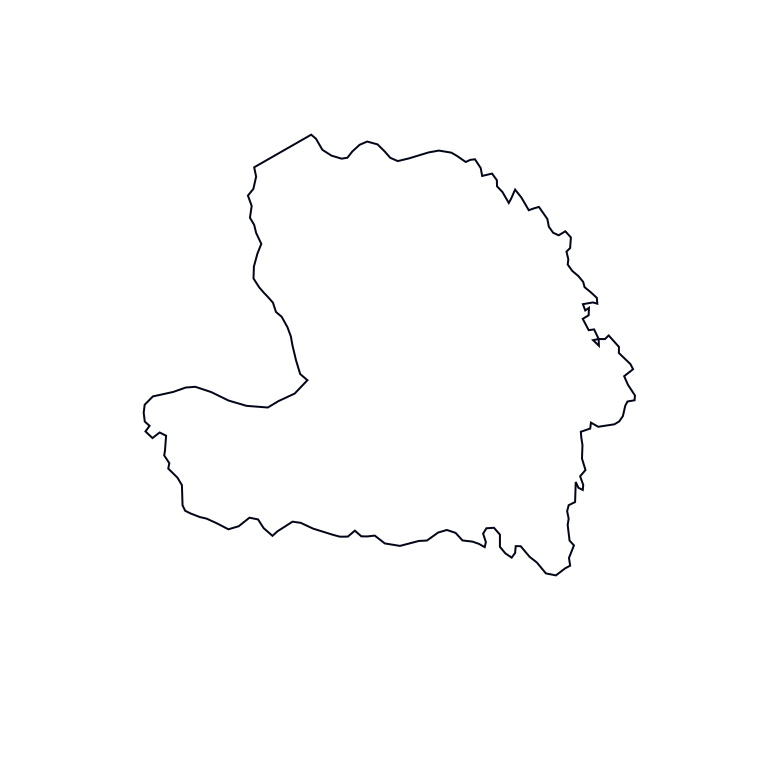 the district of Aparecida do Rio Doce, Goiás, Brazil, rotated 329°
{"feature_id": "56859067B6443042968198", "entity_name": "Aparecida do Rio Doce", "entity_type": "district", "adm_level": 2, "iso_a3": "BRA", "parent_name": "Brazil", "parent_adm1": "Goiás", "projection": "equal_earth", "projection_center": [-51.254, -18.22], "detail": "fine", "context": "isolated", "style": "outline", "palette": "ink", "viewbox_px": 768, "rotation_deg": 329, "n_neighbors": 0, "source": "geoboundaries", "source_scale": "gbopen_adm2", "svg_char_len": 2591}
<svg xmlns="http://www.w3.org/2000/svg" viewBox="0 0 768 768"><g transform="rotate(329 384 384)"><path d="M560.9,220.4L556.1,216.3L551.3,212.2L541.6,208.5L521.7,203.5L510.6,200.0L505.9,193.4L504.4,185.2L501.9,175.3L494.4,167.5L486.2,166.4L476.5,168.4L469.2,171.2L463.7,169.0L456.6,161.2L451.8,151.5L452.0,138.7L450.0,132.8L389.2,131.5L384.3,131.4L381.2,140.4L372.5,149.5L364.4,152.4L362.3,163.2L354.7,172.5L354.7,180.6L352.2,188.7L351.0,200.7L342.7,207.0L333.0,216.3L326.5,226.3L326.8,236.9L328.1,244.3L329.3,249.5L330.7,257.1L328.5,266.6L330.9,273.6L330.5,285.5L328.7,295.1L325.3,304.1L320.7,318.7L317.3,332.3L320.3,341.3L302.5,346.2L284.7,344.3L272.3,344.3L255.0,332.0L242.2,318.1L231.8,302.0L220.8,289.2L212.2,284.9L199.1,282.2L179.5,275.6L168.2,278.5L163.2,284.9L159.6,293.0L161.5,299.1L155.1,301.8L157.7,311.1L166.7,310.0L170.6,316.1L161.8,328.5L158.8,332.0L159.2,341.3L155.5,345.4L158.7,357.8L158.7,366.6L148.8,384.3L148.3,390.3L151.5,395.3L157.5,403.1L162.5,407.9L168.9,417.2L175.8,428.4L186.2,431.1L199.8,429.3L206.3,435.2L206.6,445.6L210.2,456.7L216.7,455.4L234.7,454.9L241.1,460.1L248.7,471.4L262.4,486.8L267.5,492.1L274.4,496.2L283.5,494.7L286.1,502.9L291.1,506.0L298.0,509.2L302.6,521.1L314.3,531.0L333.1,536.5L340.2,540.3L353.9,539.2L362.7,541.5L368.7,548.5L370.7,558.5L378.7,564.7L383.0,569.9L386.3,575.7L389.9,572.0L391.9,563.3L397.5,560.4L404.2,563.9L405.8,572.8L399.5,583.3L400.8,591.7L404.0,598.6L409.4,596.3L413.4,590.8L417.6,593.4L419.8,607.1L423.1,615.8L425.2,629.7L432.8,636.6L444.3,635.3L450.0,635.6L453.0,628.3L463.7,620.2L462.4,613.8L468.9,599.3L472.9,594.6L475.5,587.3L479.9,583.0L487.0,583.6L497.9,566.7L497.2,573.1L499.8,577.2L502.8,573.1L504.6,564.1L512.4,561.5L515.3,549.9L522.7,538.5L525.5,531.6L528.1,526.3L537.8,528.4L541.5,523.7L545.6,531.0L560.7,537.2L566.4,537.2L572.3,534.5L579.6,526.9L583.7,524.4L590.4,527.0L593.2,523.1L592.7,510.1L593.9,501.0L605.1,499.6L605.5,494.0L601.3,478.4L604.5,473.2L601.6,458.1L596.5,459.3L591.2,456.0L592.2,445.4L587.2,443.3L587.9,430.5L594.8,430.5L598.9,424.3L594.4,424.6L595.6,418.0L605.1,421.7L608.2,425.0L610.8,419.8L608.6,412.2L605.8,404.3L607.3,399.1L606.2,391.6L603.6,384.0L603.0,376.2L606.2,372.1L608.6,364.5L613.6,363.3L619.7,354.6L618.1,346.5L610.3,346.5L606.9,341.5L606.3,334.1L609.0,326.7L608.0,312.0L603.1,310.7L597.6,309.6L597.8,295.0L596.5,284.9L588.3,290.7L584.2,293.1L584.4,280.5L582.7,272.7L585.7,267.5L585.0,259.3L575.3,256.2L578.1,248.8L577.7,238.2L573.3,236.3L568.4,235.8L564.1,226.2L560.9,220.4ZM591.2,456.0L587.9,461.9L585.8,454.1L591.2,456.0Z" fill="none" stroke="#020617" stroke-width="2"/></g></svg>